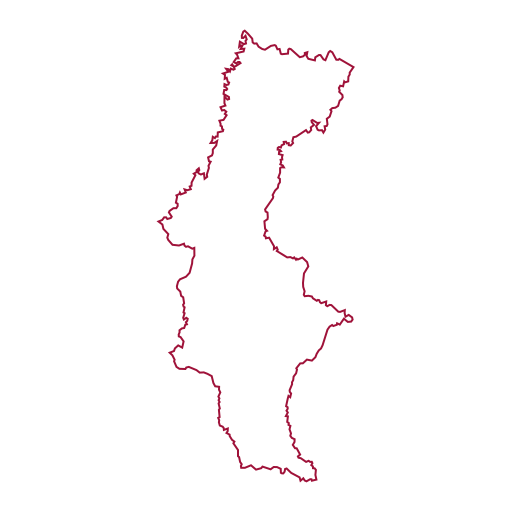 Pinheiro Machado, Rio Grande do Sul, Brazil
{"feature_id": "56859067B26662322490068", "entity_name": "Pinheiro Machado", "entity_type": "district", "adm_level": 2, "iso_a3": "BRA", "parent_name": "Brazil", "parent_adm1": "Rio Grande do Sul", "projection": "natural_earth1", "projection_center": [-53.403, -31.408], "detail": "fine", "context": "isolated", "style": "outline", "palette": "rose", "viewbox_px": 512, "rotation_deg": 0, "n_neighbors": 0, "source": "geoboundaries", "source_scale": "gbopen_adm2", "svg_char_len": 6017}
<svg xmlns="http://www.w3.org/2000/svg" viewBox="0 0 512 512"><path d="M158.5,221.5L162.4,224.5L163.4,228.9L168.3,234.1L167.3,237.7L168.3,240.0L172.5,244.8L179.0,245.5L184.0,243.7L184.5,245.6L186.0,246.8L188.0,246.3L192.3,248.7L194.3,247.9L194.4,255.7L192.4,259.4L192.1,263.5L189.6,272.8L186.0,276.7L180.0,279.3L178.1,281.7L176.9,286.2L177.2,288.5L180.3,291.6L181.1,295.8L183.2,297.3L184.1,303.3L183.1,304.8L183.6,306.6L184.6,307.3L183.5,312.5L184.6,313.2L183.2,317.8L183.9,319.5L186.3,317.8L187.7,318.8L187.2,320.9L185.9,322.2L186.9,324.3L185.3,324.7L184.2,328.0L181.9,328.4L179.5,330.3L179.6,332.3L178.7,334.5L178.8,336.4L180.6,337.1L183.6,341.4L182.2,347.6L178.2,345.4L174.9,348.4L174.0,351.0L169.7,352.7L172.4,355.3L174.6,359.7L174.1,361.3L176.5,366.9L179.4,368.8L185.4,369.0L186.3,367.5L188.8,366.9L196.5,370.1L199.7,372.6L203.8,372.4L207.4,373.8L211.7,376.1L213.4,383.0L215.2,386.3L219.1,386.8L219.0,389.7L220.3,392.4L218.4,396.6L219.4,398.4L218.6,400.2L219.6,402.0L218.6,403.4L219.8,408.5L218.9,409.8L219.6,417.1L218.2,417.9L219.2,420.2L218.9,422.3L219.8,425.5L222.7,426.7L223.7,428.0L223.9,429.9L227.8,428.5L227.7,431.1L226.5,433.0L229.6,434.6L229.7,436.1L232.0,439.8L234.4,441.6L233.4,443.3L238.0,450.0L238.0,456.2L239.1,457.1L240.1,461.9L241.7,464.2L240.9,466.0L241.2,467.8L244.9,467.8L251.0,465.3L256.0,469.6L261.2,468.2L262.5,466.6L270.6,469.3L273.7,467.0L277.1,467.1L280.7,468.8L280.9,472.8L282.0,473.4L283.3,473.4L284.6,471.7L285.1,469.0L286.6,468.5L291.2,472.9L299.6,477.4L300.5,480.7L303.3,478.3L304.7,480.5L306.5,481.3L310.2,479.2L311.5,479.3L311.9,480.7L316.4,479.6L315.4,474.9L315.9,469.9L314.6,468.3L313.0,468.2L312.9,466.4L311.3,465.1L312.4,463.2L311.8,461.8L310.1,461.9L308.6,460.8L306.1,461.9L300.8,458.2L298.5,457.7L297.9,456.4L300.1,454.6L296.7,448.3L295.0,448.2L292.8,444.9L294.5,442.0L294.6,439.2L291.8,437.9L290.3,435.8L291.0,433.4L289.5,429.3L290.4,425.9L288.5,424.9L288.8,423.1L287.2,421.9L287.9,416.4L285.9,416.1L287.8,412.5L286.5,410.7L287.7,408.7L287.6,407.2L286.1,406.2L287.8,398.4L288.5,395.9L290.2,397.2L291.1,393.5L289.8,391.9L289.6,390.2L292.1,384.2L292.0,382.3L293.2,380.1L293.6,376.6L296.1,373.3L297.0,369.5L296.3,368.3L300.2,363.4L302.9,363.3L306.9,359.6L311.9,360.6L315.4,357.2L316.7,353.8L318.8,350.4L321.0,348.5L322.6,345.2L327.5,329.6L329.6,326.6L332.1,325.0L333.3,326.0L336.8,324.8L337.1,323.3L339.8,324.6L343.9,318.7L347.8,321.9L351.1,321.6L352.6,319.6L352.1,317.4L348.7,314.9L345.5,316.7L344.6,313.0L344.8,310.1L340.1,311.9L338.3,311.7L331.4,305.1L329.6,304.9L327.3,306.2L325.9,305.2L326.2,301.5L321.2,303.2L319.9,302.1L319.2,300.2L317.9,299.9L316.8,300.8L312.9,298.3L311.9,296.5L308.4,295.8L304.7,296.2L303.8,294.8L304.6,291.3L303.2,286.9L303.0,282.9L304.0,273.4L308.3,266.4L307.1,262.1L302.3,257.5L297.9,259.5L296.8,258.7L296.0,259.7L294.2,257.4L293.0,258.4L290.4,257.1L287.2,257.4L276.8,251.0L277.7,249.7L276.7,247.3L273.9,249.1L274.0,246.2L269.1,237.7L265.9,238.3L265.6,236.6L264.1,235.6L265.6,231.3L267.0,230.8L265.1,228.8L264.4,221.3L267.5,219.2L267.8,217.2L267.5,212.5L265.6,211.5L265.1,209.4L272.9,198.2L273.3,196.6L272.6,195.1L275.1,190.5L277.9,187.7L278.4,184.4L279.9,182.3L279.9,178.9L278.3,177.6L280.1,172.7L280.1,168.1L281.3,167.3L283.9,167.4L282.8,165.5L280.3,164.3L281.1,162.3L280.6,159.8L282.3,159.5L282.0,157.1L282.6,155.1L278.9,154.1L279.1,151.8L281.0,151.2L279.9,150.0L277.6,149.6L277.8,147.8L279.0,147.0L280.9,147.5L281.6,145.3L284.1,144.1L283.7,141.9L286.0,141.7L286.8,143.4L288.7,143.1L288.8,145.2L290.7,145.5L293.1,143.0L292.3,141.4L293.4,137.2L296.2,136.6L306.0,130.1L307.8,132.6L309.2,132.3L311.2,130.0L310.8,127.4L314.0,124.9L311.7,122.1L311.5,120.6L312.5,120.0L317.3,123.0L319.0,122.8L316.1,126.2L317.6,129.7L319.0,130.4L322.0,130.2L323.4,132.6L325.2,129.6L324.6,126.3L326.7,126.0L327.5,124.3L326.8,118.8L329.7,116.6L331.5,111.2L330.4,109.8L332.3,108.1L335.4,107.7L338.1,105.9L339.7,100.6L341.5,99.3L342.7,97.3L342.4,95.0L339.2,91.8L339.7,90.4L338.9,88.0L340.2,85.7L343.1,86.3L344.2,81.4L345.1,82.3L348.2,81.4L348.4,76.7L349.7,74.5L349.7,72.6L353.5,67.1L339.4,58.9L338.3,59.8L336.3,59.7L332.3,52.3L330.2,51.0L328.7,52.3L325.4,60.2L323.5,59.4L320.5,55.1L319.0,55.0L315.3,57.3L314.9,60.4L308.3,58.8L306.6,56.0L307.3,52.2L304.8,53.0L305.0,54.7L303.0,56.4L299.8,57.2L290.8,49.1L289.3,48.7L288.3,49.6L288.0,53.6L281.9,54.2L280.8,53.7L279.6,49.0L277.4,49.3L275.8,45.7L274.7,45.1L270.9,45.9L265.0,49.7L262.2,49.0L258.6,46.7L256.6,43.4L254.2,43.6L252.7,42.4L252.2,38.6L247.9,33.7L244.7,30.7L243.3,31.6L241.8,35.6L241.9,37.9L243.3,38.0L245.5,35.8L246.7,39.4L245.5,40.9L246.0,43.5L244.0,44.1L239.9,41.7L239.2,46.7L240.8,45.4L242.4,45.6L240.6,49.0L244.3,48.7L243.6,51.5L235.8,53.3L237.1,54.7L238.4,58.3L236.3,58.3L233.7,62.0L236.2,63.4L238.0,62.0L239.6,62.0L240.5,63.1L235.6,66.2L233.7,66.6L234.7,69.0L233.5,69.7L230.8,68.6L230.0,71.3L228.5,69.2L226.1,68.8L228.3,71.8L223.0,73.5L225.0,74.9L224.7,78.8L226.7,77.8L227.8,81.8L229.1,82.5L228.4,84.5L226.4,85.0L224.5,84.1L224.3,86.6L226.2,87.5L227.2,89.0L226.4,90.1L224.2,90.0L223.5,93.9L228.9,97.0L229.1,99.0L227.5,99.6L224.5,96.7L224.4,103.1L225.4,105.6L220.5,107.2L222.0,110.5L224.2,110.0L226.3,111.7L224.8,113.9L226.6,115.2L223.5,119.9L219.4,120.7L220.6,123.8L220.5,125.7L221.9,126.4L222.1,128.9L223.3,129.7L222.9,131.2L217.8,132.4L217.6,136.6L215.9,136.5L214.9,138.1L212.8,136.8L212.3,140.3L210.6,143.0L214.3,142.9L217.1,141.0L216.2,145.5L212.8,149.5L212.8,153.1L212.0,155.4L208.1,157.4L209.0,161.3L210.6,161.7L208.5,165.8L208.9,167.9L206.8,174.6L207.2,176.8L204.6,178.8L203.9,173.3L200.9,174.5L198.7,173.4L197.9,172.1L199.3,170.1L198.8,168.3L196.6,170.2L196.6,172.1L193.8,173.7L195.4,175.2L191.6,182.5L191.5,185.8L189.7,186.5L190.8,189.2L187.3,190.2L184.6,189.4L185.8,192.5L180.8,194.4L179.9,192.6L179.3,194.1L176.4,195.4L177.1,196.8L175.9,202.7L177.6,203.7L177.7,206.0L176.3,208.2L173.4,208.2L169.6,210.9L168.9,212.4L171.7,216.7L170.8,218.0L167.3,219.0L166.1,217.3L164.2,217.3L162.2,220.0L158.5,221.5ZM233.7,66.6L232.2,64.3L231.3,65.2L233.7,66.6Z" fill="none" stroke="#9f1239" stroke-width="2"/></svg>